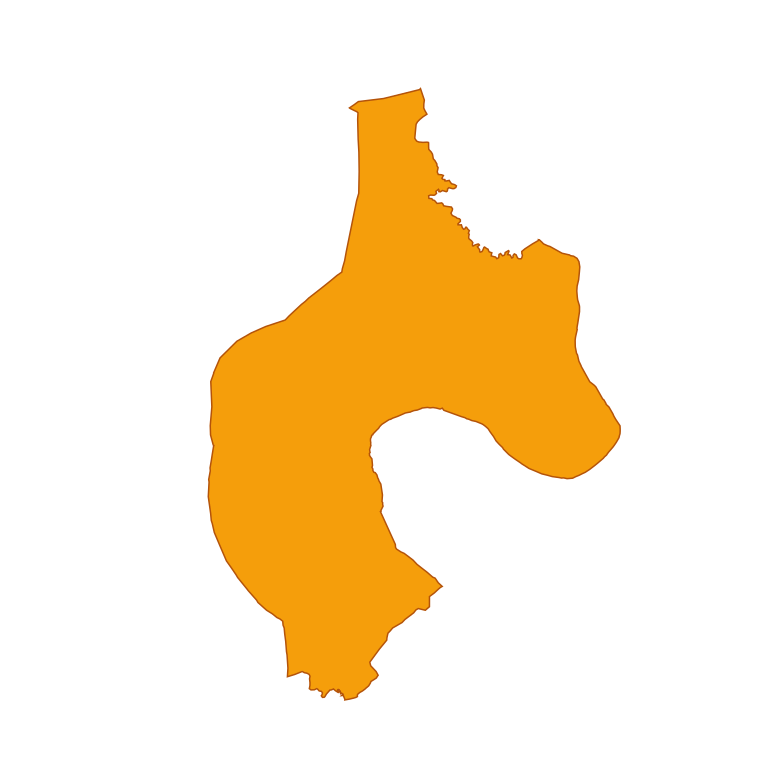 Niani, Central River, Gambia, rotated 240°
{"feature_id": "56634734B41420439456091", "entity_name": "Niani", "entity_type": "district", "adm_level": 2, "iso_a3": "GMB", "parent_name": "Gambia", "parent_adm1": "Central River", "projection": "robinson", "projection_center": [-14.889, 13.677], "detail": "fine", "context": "isolated", "style": "filled", "palette": "amber", "viewbox_px": 768, "rotation_deg": 240, "n_neighbors": 0, "source": "geoboundaries", "source_scale": "gbopen_adm2", "svg_char_len": 6159}
<svg xmlns="http://www.w3.org/2000/svg" viewBox="0 0 768 768"><g transform="rotate(240 384 384)"><path d="M640.4,492.1L639.8,492.3L635.7,495.0L633.4,496.6L631.9,497.1L626.5,493.6L608.9,484.0L606.9,483.0L597.4,478.2L580.4,468.7L561.8,457.5L556.4,451.9L517.6,417.6L510.4,411.5L504.7,405.6L502.0,403.4L501.5,397.5L499.9,388.2L498.2,377.0L496.1,361.9L494.9,357.1L494.2,352.3L490.4,335.8L488.8,330.4L492.9,310.4L494.6,294.5L494.6,278.0L488.6,255.1L478.8,242.0L478.4,241.9L472.7,235.2L450.3,223.5L434.8,212.7L426.6,208.3L416.5,205.6L415.9,205.9L415.2,205.2L408.7,199.9L404.7,196.7L398.3,191.4L395.6,190.1L388.9,184.4L386.6,183.5L374.3,175.5L358.7,169.2L352.2,166.2L349.0,165.5L340.2,162.8L326.5,161.1L309.6,159.1L300.9,159.9L292.7,160.5L289.6,160.5L275.2,162.8L272.9,163.1L260.5,165.6L257.8,165.6L246.8,169.2L240.8,172.4L235.3,174.5L232.5,176.4L229.2,177.7L225.6,176.0L222.7,175.6L217.3,173.1L210.3,170.2L200.9,165.7L197.9,164.6L185.9,158.7L178.8,154.0L177.1,161.4L176.0,168.9L175.6,169.7L173.9,170.6L172.0,172.7L169.9,174.0L167.9,173.8L165.9,172.1L162.4,170.6L159.9,169.1L157.5,167.0L155.6,167.8L154.0,170.8L153.8,173.5L152.7,174.0L150.6,174.4L149.1,176.1L147.4,176.3L146.0,175.1L145.3,173.8L143.4,174.0L142.6,175.5L142.8,176.5L143.2,177.2L144.3,179.1L146.0,184.2L145.5,185.1L145.1,187.8L142.8,188.5L140.5,189.7L142.4,191.0L142.4,191.6L141.6,192.3L139.7,191.0L139.7,192.5L137.5,191.6L137.5,192.7L135.9,193.4L135.4,191.4L134.7,193.0L130.5,192.5L130.0,192.1L128.4,196.5L127.1,200.9L126.6,203.0L126.6,204.7L128.0,205.4L128.6,206.5L128.7,207.3L128.9,208.4L129.0,209.7L128.9,210.8L129.0,212.5L129.2,214.1L129.4,215.6L129.7,216.6L129.9,218.0L130.1,219.0L130.2,219.7L131.0,221.2L131.8,222.6L131.9,222.8L132.9,223.9L133.2,230.3L134.3,232.4L134.7,233.3L139.0,233.4L146.6,231.6L150.2,232.6L156.7,247.4L160.8,258.3L162.7,259.6L166.2,262.8L167.2,266.3L168.4,269.5L168.4,280.4L169.6,284.4L171.0,295.3L172.4,298.7L172.4,301.4L167.4,306.7L168.4,312.0L177.2,317.1L177.9,323.2L179.3,329.2L179.3,329.4L179.4,330.2L179.6,330.8L179.6,332.6L179.6,333.2L179.9,333.1L182.5,332.3L184.7,331.6L190.3,331.2L192.4,329.6L198.9,327.4L205.3,324.8L211.3,322.4L217.0,321.1L227.2,316.8L230.1,314.7L234.8,312.3L236.7,312.3L239.4,313.6L275.3,317.1L275.3,317.9L276.0,318.1L278.7,322.1L280.6,322.7L281.8,323.5L283.2,323.5L288.7,327.2L298.9,331.2L302.7,331.2L304.3,331.6L305.7,331.6L308.8,332.4L311.6,332.1L312.6,331.1L314.7,331.1L315.4,331.6L316.2,331.9L317.8,331.9L319.3,333.4L320.0,333.7L325.2,336.1L327.6,335.8L329.7,335.8L330.5,336.4L331.2,336.6L331.6,337.7L332.6,338.0L333.8,338.5L334.5,338.8L337.4,342.0L338.3,342.2L340.0,343.3L341.4,343.8L343.3,344.9L344.7,346.8L345.7,347.6L345.7,349.1L346.2,349.4L347.8,355.0L348.3,357.1L349.3,359.0L350.1,361.8L350.2,362.9L350.6,370.6L350.1,372.2L350.1,374.3L349.1,379.9L348.2,388.1L347.2,391.0L346.5,392.9L346.5,393.7L346.0,396.6L344.8,399.8L344.1,404.1L344.1,405.1L342.0,409.9L340.3,412.0L339.1,414.7L337.0,417.3L334.3,420.0L333.9,422.4L331.3,422.7L330.1,423.7L317.3,434.5L314.2,437.4L312.6,438.2L311.1,439.8L308.5,441.7L305.6,444.9L300.6,448.8L299.2,449.6L296.6,450.7L293.3,451.8L289.2,452.0L283.7,452.6L278.7,452.6L274.2,453.6L269.7,454.9L267.8,454.9L260.6,456.8L258.0,457.9L253.3,460.0L247.3,462.9L246.4,463.2L238.3,467.4L232.3,472.0L227.3,475.7L223.0,480.2L219.7,483.4L215.5,488.8L213.8,490.7L212.9,492.6L210.5,495.2L209.6,497.1L208.1,500.3L207.9,503.7L207.4,507.2L207.2,510.9L206.9,514.1L207.2,519.4L208.1,526.1L208.6,529.2L209.6,534.6L210.0,536.7L210.7,538.6L211.2,541.2L211.9,542.5L212.9,544.9L213.8,547.6L215.0,551.0L216.0,553.2L217.4,556.1L218.6,558.2L220.0,560.6L221.7,562.2L222.9,563.5L225.0,564.9L226.7,565.9L229.8,567.5L237.6,567.0L241.2,567.0L243.8,567.3L251.7,567.3L255.3,566.2L256.2,566.5L260.3,566.5L261.7,565.9L275.7,566.0L277.9,565.4L283.1,563.3L300.7,563.6L301.2,563.8L306.3,564.2L312.5,566.1L314.4,566.1L320.4,568.2L322.5,569.3L326.3,571.4L328.2,572.8L329.4,573.8L334.6,578.6L335.1,578.6L336.8,579.7L339.9,582.3L348.9,589.5L353.0,591.9L354.2,592.4L360.1,593.8L362.5,594.8L368.2,597.5L372.2,600.2L377.0,604.7L383.7,609.5L387.5,612.1L392.5,614.0L396.3,614.0L399.9,612.1L401.8,609.8L403.0,609.2L408.2,603.6L420.1,596.5L421.8,594.9L425.6,592.2L427.7,591.7L431.3,590.6L431.5,590.3L431.1,590.4L431.1,582.7L430.6,573.6L429.9,569.6L428.0,568.6L426.3,568.3L424.6,566.7L423.9,565.4L424.9,563.5L426.3,562.7L429.9,563.0L431.5,561.9L430.8,560.1L429.2,559.0L429.2,557.7L432.7,557.7L434.2,555.8L436.5,558.7L437.3,558.5L437.3,554.7L435.8,553.4L435.4,552.3L435.8,550.7L438.7,550.2L438.7,548.4L436.1,546.5L436.1,544.4L438.2,544.1L439.4,542.8L441.3,540.9L442.7,542.0L443.7,543.0L445.8,541.2L447.3,541.2L448.7,541.5L449.9,540.7L452.3,539.6L452.3,538.8L450.8,536.9L449.7,535.1L450.1,533.2L451.1,533.2L452.5,534.0L456.1,533.5L456.6,536.1L457.3,536.1L458.2,535.6L458.9,532.4L458.9,530.3L459.4,529.8L461.1,530.6L462.0,531.6L464.2,531.4L467.0,530.3L468.0,530.3L469.7,531.4L471.1,532.7L472.3,532.4L474.2,534.6L476.1,534.0L478.5,533.8L478.9,533.0L478.0,531.9L478.0,531.1L478.2,530.3L480.4,530.0L483.2,530.6L483.7,529.5L484.9,527.7L485.8,528.2L486.6,531.4L488.0,532.2L489.4,531.9L491.1,530.1L492.3,529.8L495.8,527.4L498.5,527.4L500.1,529.8L501.3,530.9L503.5,530.9L506.6,526.9L508.5,524.8L510.8,525.0L512.0,524.5L513.0,522.1L513.9,520.2L516.8,519.7L517.8,519.4L519.2,518.1L520.6,518.1L522.3,515.7L524.7,516.8L524.4,518.7L522.5,521.6L522.3,522.6L522.8,524.8L524.9,525.3L525.4,528.5L524.2,528.5L523.2,527.7L522.3,528.8L522.3,531.4L519.4,534.1L519.4,535.1L520.4,536.2L521.1,536.5L521.6,538.3L518.9,541.0L518.2,542.3L518.2,544.4L519.4,545.8L521.1,545.0L521.5,544.7L523.7,542.6L526.5,542.3L527.7,542.3L528.7,539.4L529.6,538.3L530.6,538.9L531.8,537.3L533.2,537.0L534.9,539.7L536.4,538.5L538.3,535.8L541.0,536.1L544.3,539.0L546.7,539.0L548.1,539.8L552.1,539.8L554.3,539.3L555.2,539.6L558.8,540.9L561.2,540.9L564.8,540.1L567.4,541.4L569.8,542.8L570.9,543.3L571.9,542.2L573.8,538.5L576.2,535.1L578.1,533.7L581.4,533.5L590.7,540.1L592.9,541.7L594.3,544.1L595.2,547.3L595.9,551.3L596.2,556.1L600.2,556.1L603.1,556.4L606.6,558.5L609.7,560.9L621.6,563.3L621.2,561.9L631.5,526.2L641.4,503.0L640.8,497.8L640.4,492.1Z" fill="#f59e0b" stroke="#b45309" stroke-width="1.5"/></g></svg>